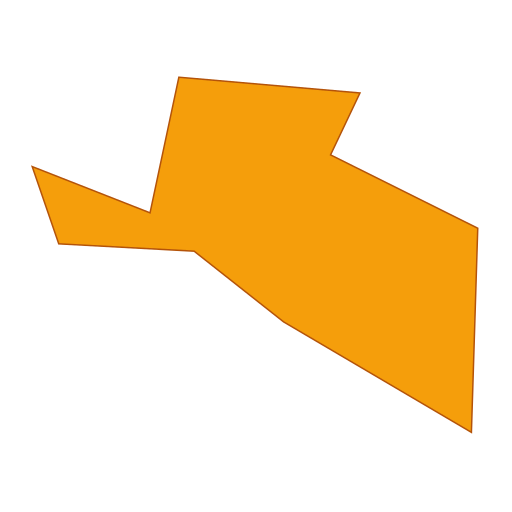 outline of Galax, Virginia, United States of America, rotated 89°
{"feature_id": "52423323B65512334983312", "entity_name": "Galax", "entity_type": "district", "adm_level": 2, "iso_a3": "USA", "parent_name": "United States of America", "parent_adm1": "Virginia", "projection": "orthographic", "projection_center": [-80.921, 36.66], "detail": "fine", "context": "isolated", "style": "filled", "palette": "amber", "viewbox_px": 512, "rotation_deg": 89, "n_neighbors": 0, "source": "geoboundaries", "source_scale": "gbopen_adm2", "svg_char_len": 298}
<svg xmlns="http://www.w3.org/2000/svg" viewBox="0 0 512 512"><g transform="rotate(89 256 256)"><path d="M156.2,179.7L94.8,149.2L75.9,330.0L211.0,361.2L162.7,478.2L240.4,453.0L250.1,317.8L322.4,229.5L436.1,43.7L232.1,33.8L156.2,179.7Z" fill="#f59e0b" stroke="#b45309" stroke-width="1.5"/></g></svg>